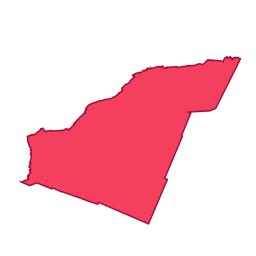 Iriondo, Santa Fe, Argentina, rotated 191°
{"feature_id": "61730980B62800099035851", "entity_name": "Iriondo", "entity_type": "district", "adm_level": 2, "iso_a3": "ARG", "parent_name": "Argentina", "parent_adm1": "Santa Fe", "projection": "orthographic", "projection_center": [-61.163, -32.744], "detail": "fine", "context": "isolated", "style": "filled", "palette": "rose", "viewbox_px": 256, "rotation_deg": 191, "n_neighbors": 0, "source": "geoboundaries", "source_scale": "gbopen_adm2", "svg_char_len": 5893}
<svg xmlns="http://www.w3.org/2000/svg" viewBox="0 0 256 256"><g transform="rotate(191 128 128)"><path d="M222.0,54.5L213.4,52.7L207.0,56.8L191.4,53.7L189.9,54.7L181.6,52.7L181.0,52.9L161.5,50.1L155.1,49.0L143.2,47.4L142.8,49.4L89.6,37.8L79.5,85.0L82.4,85.6L73.0,130.4L74.0,130.6L69.3,154.4L72.5,155.0L50.9,160.5L45.7,163.9L30.8,217.3L31.2,217.6L32.0,217.6L32.6,217.5L33.3,218.2L33.8,217.9L34.5,218.1L35.1,218.0L36.0,217.1L36.3,217.2L36.3,217.6L36.5,217.7L37.8,217.0L38.3,216.2L38.8,215.9L38.9,215.6L38.7,215.3L38.3,215.5L38.1,215.4L38.3,215.2L38.6,215.1L39.4,215.3L39.7,215.5L39.7,216.5L39.9,216.7L40.8,216.8L41.4,217.5L41.8,217.2L42.0,216.4L42.3,216.3L42.9,215.6L43.6,215.7L43.9,216.1L44.0,216.6L44.4,216.8L44.9,216.5L44.7,215.9L44.8,215.7L45.9,215.5L46.1,215.3L46.3,215.0L46.2,214.3L46.8,214.1L46.9,213.8L46.8,213.4L47.4,211.9L47.3,211.2L50.8,211.6L51.7,211.2L53.1,211.1L53.7,211.5L55.1,210.8L56.5,211.0L57.6,210.8L57.9,210.5L57.8,210.1L58.0,210.0L58.4,210.3L59.0,210.3L59.6,210.8L60.4,210.1L61.2,210.4L62.1,209.9L62.5,210.3L62.8,210.0L62.6,209.4L62.7,209.2L63.3,209.1L64.2,207.9L64.8,207.5L64.8,206.9L65.0,206.6L66.3,204.9L67.3,204.5L67.7,204.5L67.8,204.7L68.2,204.8L70.9,204.5L71.6,204.0L71.9,203.6L73.2,203.1L74.0,202.5L74.5,202.3L75.5,201.7L76.7,201.7L77.2,201.4L79.0,201.2L79.7,200.8L80.0,200.9L80.5,200.4L81.2,200.7L81.5,200.1L82.5,199.9L83.8,199.2L84.6,199.5L85.5,198.8L87.8,198.2L88.9,197.3L91.1,197.4L91.7,196.8L92.0,196.8L92.3,197.1L92.4,197.5L92.7,197.6L93.3,196.9L93.9,196.6L95.1,196.7L95.7,196.2L97.5,196.2L98.6,195.4L100.2,195.4L101.0,195.0L101.2,194.5L101.9,195.0L102.2,194.3L102.9,194.1L103.3,193.5L103.8,193.3L105.2,194.6L105.5,195.3L105.8,195.5L105.9,195.3L105.7,194.7L105.7,194.4L106.0,194.4L106.5,194.8L107.4,194.3L107.6,194.1L107.9,194.5L108.1,194.5L108.3,194.4L108.9,194.3L109.4,193.9L110.0,194.0L110.4,193.8L111.1,193.8L113.1,192.5L114.0,192.0L114.4,192.0L115.2,191.4L116.7,190.9L117.0,191.3L117.1,190.7L117.8,190.6L118.1,190.1L118.5,189.9L118.8,190.5L119.0,190.6L120.0,190.3L120.4,190.4L120.5,189.7L120.9,189.2L120.6,188.6L120.7,188.4L121.2,188.6L121.4,188.3L122.0,188.3L122.2,188.0L122.1,187.6L122.5,187.3L123.0,187.6L123.4,187.6L124.6,186.8L125.0,186.2L125.6,185.0L125.9,184.8L126.3,184.6L127.2,184.9L127.6,184.3L128.7,184.3L129.0,183.9L131.5,182.6L131.4,182.3L131.6,181.8L132.7,181.2L133.4,181.1L133.5,181.0L133.4,180.6L133.2,180.4L132.9,180.6L132.6,180.6L132.5,179.9L132.1,179.9L131.6,179.6L131.3,179.4L131.3,179.1L132.0,178.8L132.2,178.1L132.7,177.8L133.3,177.0L133.2,176.6L133.8,176.3L134.3,175.3L134.8,174.7L134.9,174.2L135.2,173.9L135.3,172.8L135.8,172.6L136.0,172.0L139.2,169.8L139.2,169.4L139.5,169.1L140.3,167.6L140.8,167.1L141.0,166.5L141.7,165.8L141.6,165.4L141.2,165.1L141.2,164.6L140.6,164.2L140.5,163.8L141.2,163.7L141.4,162.3L141.8,162.2L142.7,161.1L143.1,161.1L143.2,160.5L143.7,160.5L143.5,159.9L143.8,159.8L144.8,158.6L145.1,158.5L145.1,158.0L145.5,157.9L146.0,157.0L147.1,156.3L147.5,155.7L147.9,155.7L148.0,155.5L148.3,155.4L148.5,155.0L149.2,154.7L149.5,154.1L149.9,153.8L150.8,153.6L151.6,153.1L152.3,153.0L152.8,152.5L155.4,151.9L156.1,151.5L156.7,151.3L158.1,150.3L159.1,149.9L159.5,149.7L160.0,149.6L160.9,149.4L162.0,148.7L162.6,148.5L163.1,148.0L163.9,147.7L164.8,146.9L165.3,146.8L166.0,146.1L166.9,146.1L167.2,145.7L168.0,145.4L168.6,144.7L169.1,144.5L169.3,144.0L169.9,143.9L170.2,143.1L170.9,143.0L171.2,142.3L171.7,142.0L171.8,141.8L171.7,141.5L172.0,140.7L173.2,139.2L172.8,138.9L172.8,138.4L172.2,138.4L172.1,137.5L173.3,136.7L173.6,135.2L173.0,135.1L172.7,134.8L172.7,134.6L172.9,134.4L173.4,134.5L174.2,133.7L174.5,133.4L174.6,133.0L175.4,132.0L176.3,130.5L177.1,130.0L177.2,129.2L177.7,128.2L178.2,127.7L178.6,126.8L179.1,126.7L179.6,126.0L179.6,125.6L180.3,124.7L180.4,124.2L180.8,124.1L181.0,123.4L180.7,123.0L180.7,122.6L182.1,121.8L181.7,121.4L182.0,120.8L181.8,120.4L181.9,120.1L183.2,118.9L184.2,116.7L184.7,116.6L185.5,116.0L185.5,115.3L185.6,115.1L186.4,114.7L186.7,115.0L188.1,115.6L188.8,114.9L189.2,114.9L190.2,114.3L190.4,113.9L191.1,113.2L191.8,113.1L192.4,113.4L192.8,112.8L193.1,112.8L194.1,112.4L194.5,112.1L195.4,112.2L196.3,112.2L196.7,112.0L197.0,111.7L197.3,111.8L197.8,111.6L198.2,111.6L198.5,111.2L199.1,111.2L199.7,110.9L200.1,111.0L200.4,110.7L200.7,110.8L201.3,110.4L201.7,110.7L202.1,110.3L202.3,110.6L202.9,110.6L203.4,111.0L203.9,110.5L204.4,110.4L204.7,110.1L206.1,110.0L206.3,109.7L206.7,109.7L206.9,109.4L207.7,109.2L208.7,108.6L209.0,108.8L209.3,109.7L209.9,109.8L210.4,110.1L210.6,110.6L210.8,110.9L211.1,110.9L211.5,111.5L212.0,111.1L212.7,111.0L212.9,110.6L213.5,110.6L213.7,110.4L213.4,109.8L213.8,109.5L214.0,108.4L215.1,107.9L215.4,107.2L216.0,106.9L216.3,106.2L216.7,105.9L217.6,104.6L218.1,104.2L218.9,103.8L219.1,103.3L219.3,103.2L219.8,103.5L220.2,103.1L220.6,103.1L221.2,102.7L221.7,102.9L221.9,102.7L221.9,102.3L222.5,102.2L223.1,101.9L224.0,100.9L224.5,101.1L225.2,100.6L225.2,100.3L224.6,99.7L224.4,98.8L224.2,98.4L224.1,98.2L224.4,97.6L224.2,97.2L224.2,96.6L223.8,95.4L223.4,95.0L222.6,94.6L222.8,94.2L222.6,93.6L222.1,92.9L221.5,92.4L221.6,91.7L221.3,91.1L220.7,90.4L220.3,90.4L220.1,90.3L219.9,89.8L219.4,89.7L218.7,88.5L218.8,88.3L219.5,88.0L219.7,87.8L218.6,87.4L218.8,86.9L218.5,86.0L218.7,85.0L218.4,84.6L218.8,83.9L218.8,83.4L218.5,83.1L217.9,83.2L217.5,81.9L217.6,81.1L217.4,80.6L217.2,79.8L217.7,77.6L217.6,76.8L217.2,76.0L217.2,75.6L217.8,75.4L218.0,75.1L217.3,74.3L216.7,74.1L216.5,73.8L217.5,72.9L217.8,71.1L217.6,70.9L217.1,71.1L216.9,71.0L216.7,70.4L215.6,69.1L215.6,68.8L215.8,68.4L216.6,68.2L216.7,67.9L216.4,67.5L216.2,66.7L215.9,66.3L214.9,65.7L216.7,63.3L216.4,62.7L217.1,62.4L217.2,62.0L217.1,61.2L216.5,61.0L216.6,60.7L216.9,60.3L216.9,60.0L215.9,58.6L216.2,58.4L216.7,58.4L217.2,57.9L218.0,57.6L218.1,57.0L218.3,56.9L219.7,56.6L220.1,56.2L220.3,55.6L221.0,55.2L221.1,54.8L222.5,54.8L222.0,54.5Z" fill="#f43f5e" stroke="#9f1239" stroke-width="1.5"/></g></svg>